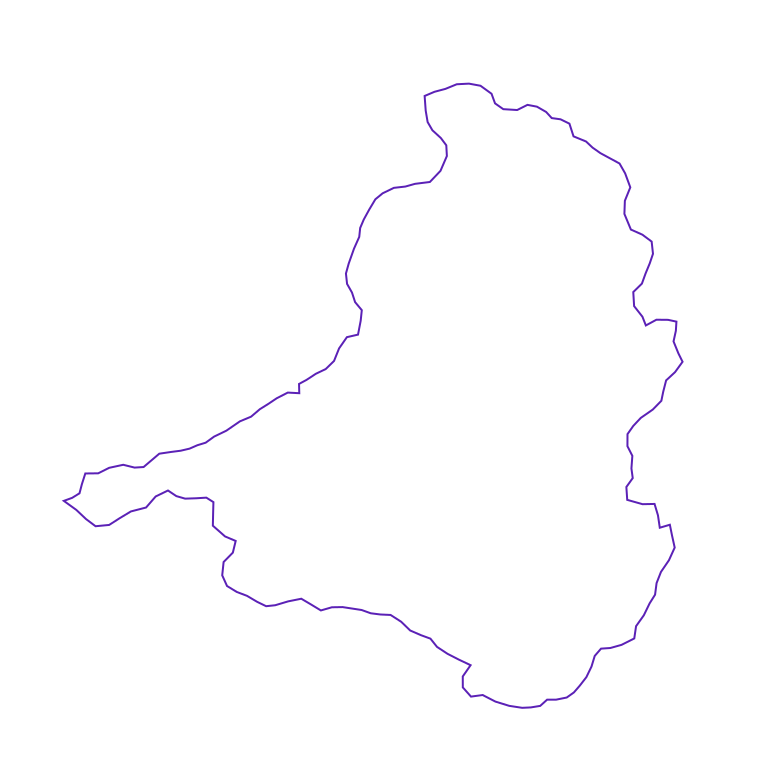 the district of Cambuí, Minas Gerais, Brazil, rotated 186°
{"feature_id": "56859067B55760606660323", "entity_name": "Cambuí", "entity_type": "district", "adm_level": 2, "iso_a3": "BRA", "parent_name": "Brazil", "parent_adm1": "Minas Gerais", "projection": "orthographic", "projection_center": [-46.068, -22.592], "detail": "fine", "context": "isolated", "style": "outline", "palette": "violet", "viewbox_px": 768, "rotation_deg": 186, "n_neighbors": 0, "source": "geoboundaries", "source_scale": "gbopen_adm2", "svg_char_len": 2515}
<svg xmlns="http://www.w3.org/2000/svg" viewBox="0 0 768 768"><g transform="rotate(186 384 384)"><path d="M108.5,157.1L108.0,169.5L101.4,181.2L96.9,193.6L92.4,202.8L92.1,214.5L88.9,226.1L82.2,238.5L77.8,251.7L81.8,263.7L85.0,273.9L94.7,269.9L97.8,282.0L102.4,293.0L114.3,291.5L130.0,294.2L132.2,306.9L126.8,316.4L129.1,325.9L129.5,338.5L135.4,347.6L136.6,359.6L131.7,368.4L125.1,377.1L114.0,386.7L106.4,396.3L105.5,405.5L103.8,417.1L95.8,426.2L89.4,437.3L94.4,445.2L100.5,456.6L99.3,467.4L99.7,476.6L108.2,477.5L119.8,476.4L129.7,469.6L134.0,477.9L143.4,487.6L145.7,501.5L138.0,510.8L135.4,521.3L132.3,531.8L130.1,541.6L132.7,553.6L142.6,559.5L154.6,563.4L162.7,578.3L163.6,591.4L159.6,605.3L166.2,618.7L172.8,627.9L183.2,632.2L192.9,636.2L201.3,640.9L208.4,646.3L221.4,650.1L226.8,662.3L236.1,665.7L245.0,666.0L251.2,671.5L260.9,675.8L270.5,676.6L280.2,670.4L294.1,669.8L302.9,674.7L307.4,683.9L319.2,690.7L330.9,691.6L343.0,689.7L353.8,683.9L364.3,679.9L373.7,674.7L371.1,660.2L368.0,649.1L362.4,641.4L353.2,634.6L347.0,627.9L345.3,617.3L350.1,601.9L359.5,589.7L374.1,586.3L383.4,582.6L394.7,580.1L405.3,573.5L411.9,566.8L416.9,556.0L421.3,545.5L424.0,536.7L424.0,527.7L428.0,515.4L431.7,500.0L433.4,489.9L431.2,479.7L425.4,471.6L421.3,462.4L413.8,455.1L413.8,444.5L415.0,430.4L425.8,426.7L432.4,414.7L436.1,401.7L443.5,392.8L452.9,387.0L461.6,379.9L468.5,375.2L467.3,366.0L478.8,365.4L489.2,358.6L497.0,352.1L504.8,346.0L512.8,337.6L523.4,331.8L535.9,321.1L547.5,313.9L555.2,307.0L563.2,303.6L570.6,299.4L579.2,296.4L588.5,294.2L600.2,291.2L608.5,282.5L614.4,276.3L623.3,274.8L634.9,276.4L648.6,271.9L658.9,265.3L671.7,263.8L674.0,252.7L675.4,243.5L682.2,238.2L690.2,234.3L676.8,226.6L666.2,218.5L656.0,212.4L642.6,215.1L633.0,222.8L622.4,230.8L607.7,236.3L599.3,248.3L587.7,255.5L578.8,250.8L569.8,249.2L559.0,250.7L548.8,252.4L541.3,248.7L540.5,238.5L539.4,225.2L526.2,215.8L515.1,212.4L516.7,200.5L524.9,190.2L524.9,176.8L519.0,166.7L508.7,161.8L498.1,159.0L487.4,154.1L478.0,150.7L469.1,152.6L456.6,157.8L443.8,161.8L433.5,157.1L423.1,152.2L412.5,156.5L401.9,157.8L382.6,156.9L373.2,154.6L363.5,154.4L353.3,155.0L342.0,149.3L332.2,141.6L321.1,138.1L311.2,135.6L303.8,128.1L292.6,122.3L280.7,117.7L268.5,113.4L275.1,101.4L273.9,90.5L264.8,82.2L253.4,85.0L240.0,79.8L225.8,77.0L212.7,76.4L204.2,77.7L195.0,80.2L188.8,87.1L179.7,88.1L169.5,91.3L162.9,97.1L157.8,104.4L152.1,113.6L148.1,124.7L146.0,135.6L140.5,143.5L131.3,145.1L120.5,149.4L108.5,157.1Z" fill="none" stroke="#5b21b6" stroke-width="2"/></g></svg>